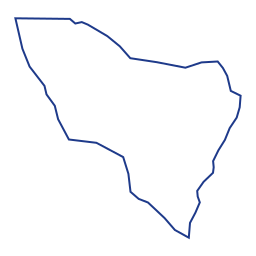 the District of Buyende
{"feature_id": "UGA-5593", "entity_name": "Buyende", "entity_type": "District", "adm_level": 1, "iso_a3": "UGA", "parent_name": "Uganda", "parent_adm1": "", "projection": "natural_earth1", "projection_center": [33.195, 1.209], "detail": "fine", "context": "isolated", "style": "outline", "palette": "blue", "viewbox_px": 256, "rotation_deg": 0, "n_neighbors": 0, "source": "natural_earth", "source_scale": "10m", "svg_char_len": 658}
<svg xmlns="http://www.w3.org/2000/svg" viewBox="0 0 256 256"><path d="M203.6,181.8L197.2,190.9L197.7,196.5L199.8,202.4L195.4,212.7L190.0,222.9L188.8,237.7L174.9,230.0L164.6,218.1L148.0,202.5L138.7,198.9L130.5,191.8L128.4,173.8L123.2,157.1L96.4,142.8L68.9,139.5L58.1,119.2L54.8,105.8L46.5,94.4L44.5,85.9L29.6,66.6L22.4,48.7L15.4,18.3L69.9,18.9L75.3,23.5L81.8,22.1L87.8,24.6L107.3,36.1L119.8,46.3L130.3,58.2L156.9,62.2L185.4,67.7L201.5,62.4L217.7,61.5L222.9,68.0L227.2,75.9L230.8,90.9L240.6,95.7L239.7,107.3L236.7,117.6L229.7,128.1L224.9,139.9L218.4,150.3L213.1,161.1L213.7,167.3L213.0,172.8L203.6,181.8Z" fill="none" stroke="#1e3a8a" stroke-width="2"/></svg>